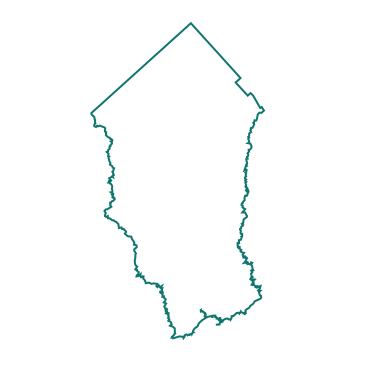 Burnie, Tasmania, Australia (Robinson projection), rotated 138°
{"feature_id": "25037944B77423054355343", "entity_name": "Burnie", "entity_type": "district", "adm_level": 2, "iso_a3": "AUS", "parent_name": "Australia", "parent_adm1": "Tasmania", "projection": "robinson", "projection_center": [145.868, -41.196], "detail": "fine", "context": "isolated", "style": "outline", "palette": "teal", "viewbox_px": 384, "rotation_deg": 138, "n_neighbors": 0, "source": "geoboundaries", "source_scale": "gbopen_adm2", "svg_char_len": 5980}
<svg xmlns="http://www.w3.org/2000/svg" viewBox="0 0 384 384"><g transform="rotate(138 192 192)"><path d="M208.2,81.4L207.4,82.7L209.2,82.3L209.7,83.2L207.8,83.7L206.3,85.0L203.9,85.0L204.3,85.6L205.2,85.7L205.7,87.0L206.6,86.3L207.0,88.2L205.3,88.8L203.9,88.3L204.0,89.6L202.6,91.9L201.1,91.9L200.6,94.1L200.2,94.0L200.2,93.0L198.8,92.8L198.7,94.0L197.0,96.6L196.4,98.7L194.7,99.1L195.2,100.1L196.5,99.2L197.4,99.5L198.0,100.7L197.6,102.7L198.5,103.0L199.1,102.2L199.5,103.9L200.6,104.5L198.2,104.8L195.4,106.1L195.3,107.0L196.2,107.3L195.8,108.4L197.3,108.4L197.6,108.8L196.9,109.1L197.1,109.9L196.3,110.4L196.4,111.4L194.1,112.0L195.1,113.4L195.7,115.4L195.3,115.9L194.1,116.0L194.8,118.8L193.6,118.9L193.3,119.4L193.8,120.0L194.9,119.9L194.9,120.3L192.3,123.6L191.9,123.5L191.6,122.5L191.2,122.4L189.4,124.8L187.7,123.8L185.6,124.9L185.2,125.9L184.2,125.6L182.7,127.4L183.6,128.2L183.3,129.2L181.6,130.5L181.5,131.8L181.1,132.4L180.1,132.1L178.4,133.3L176.6,133.0L176.3,134.8L175.3,134.2L174.8,135.2L173.8,135.3L173.0,136.4L171.8,137.1L168.1,136.7L167.2,137.3L166.3,141.3L168.3,143.1L163.9,143.8L164.8,146.8L163.4,147.8L163.9,149.2L162.6,150.2L161.7,149.8L160.5,150.6L158.4,150.6L157.0,152.4L155.3,153.6L154.7,153.6L153.9,152.5L152.0,153.2L151.4,154.1L149.9,154.3L148.9,156.1L150.0,156.6L150.8,156.1L150.9,157.1L148.2,158.2L148.8,159.7L148.5,160.4L147.8,160.2L147.0,161.1L146.2,163.2L144.8,163.2L144.9,164.9L143.3,165.1L143.7,166.3L142.8,167.4L141.3,167.4L140.9,168.6L139.6,169.3L139.4,170.6L138.8,170.2L136.6,171.9L136.8,172.5L138.6,173.0L134.9,175.1L133.8,174.7L133.7,175.9L132.1,176.1L129.7,180.2L128.3,179.5L127.8,181.3L126.0,181.3L125.1,182.3L124.8,183.6L122.7,183.8L121.7,185.4L120.8,184.7L118.8,184.9L117.5,185.6L116.2,188.8L117.8,190.9L116.6,190.7L115.7,191.3L114.6,193.9L113.0,194.3L113.3,195.4L111.8,195.6L110.4,197.2L108.0,197.0L107.5,198.7L106.6,198.8L105.9,199.9L105.2,200.1L104.2,199.2L100.7,200.5L100.0,201.5L100.2,202.4L98.9,202.5L97.5,203.4L96.8,202.2L95.6,202.4L91.2,205.6L88.9,205.9L87.3,204.3L84.0,204.4L83.3,208.5L85.1,208.8L82.1,222.5L82.2,225.8L82.3,226.3L86.1,226.3L86.3,243.0L86.2,244.2L79.7,244.2L79.9,318.2L214.0,318.0L214.7,316.7L214.4,313.0L215.8,311.1L215.8,310.2L217.4,308.9L217.7,307.8L219.9,307.3L220.6,306.1L219.8,304.5L218.2,304.8L217.9,303.7L216.1,303.0L214.0,298.9L213.8,297.5L216.1,295.4L215.8,294.0L216.5,293.8L216.5,293.0L217.9,292.0L217.7,288.7L216.8,287.3L217.2,285.9L216.5,285.2L216.4,283.9L217.3,283.3L218.5,283.9L218.4,282.4L219.2,281.5L221.8,281.3L222.0,280.6L223.2,280.7L224.2,279.3L226.2,279.3L227.1,278.4L228.6,278.8L228.4,276.4L230.4,274.7L229.9,273.8L230.7,273.7L231.7,272.4L231.7,271.7L232.6,270.8L233.3,268.0L234.6,267.4L234.0,264.5L234.6,263.1L234.0,261.8L237.0,260.1L237.6,260.3L238.7,257.0L240.1,257.3L240.8,255.9L241.0,256.7L241.6,257.0L244.3,257.6L244.3,256.8L244.8,256.5L244.3,254.7L245.3,254.4L245.6,255.4L246.4,255.7L247.6,255.1L246.8,254.7L247.4,253.6L246.9,252.4L247.0,250.8L247.7,249.3L249.6,247.9L249.7,247.0L251.2,245.3L252.4,246.0L251.7,243.4L252.4,242.8L253.3,243.5L253.8,241.5L254.7,241.2L254.4,240.2L253.6,239.7L254.3,238.3L256.8,238.2L257.4,238.7L259.2,238.5L259.7,238.9L260.6,238.3L260.5,237.6L261.7,236.9L261.8,235.0L266.5,235.8L267.7,236.7L269.7,236.5L270.2,234.0L272.3,233.0L272.8,232.3L272.8,231.5L272.1,230.8L270.7,230.5L272.1,228.8L270.6,227.2L270.2,224.3L269.0,223.2L269.2,222.2L268.3,220.6L268.2,217.4L270.4,214.1L268.1,212.8L268.7,211.2L267.4,210.2L267.7,209.0L267.3,207.6L267.7,206.4L269.8,206.0L269.4,202.2L267.0,199.4L268.0,197.4L268.7,192.9L270.4,191.7L269.3,190.3L269.0,189.3L270.1,187.9L273.1,188.1L274.2,187.1L274.8,183.9L275.9,183.4L278.6,180.6L280.2,179.6L282.5,176.7L282.9,175.4L282.7,173.1L285.8,172.5L285.9,171.9L285.0,170.9L285.6,169.9L285.2,168.0L287.1,166.9L288.9,167.0L289.7,166.4L287.9,165.3L285.3,165.3L286.4,164.4L287.0,162.9L286.3,162.3L285.1,162.4L284.5,161.7L286.1,160.4L286.1,157.9L287.3,155.2L284.5,153.3L283.5,150.7L281.7,149.8L279.4,147.1L281.5,145.8L281.3,144.4L279.1,144.9L279.5,142.8L277.5,142.4L279.4,141.7L279.5,141.2L278.4,140.4L279.5,139.7L280.8,137.9L282.0,139.3L282.8,138.9L282.5,137.0L281.3,136.5L284.1,134.0L282.7,133.3L283.6,132.1L283.3,130.0L284.4,129.1L286.9,128.8L285.9,126.4L289.3,125.4L289.8,123.2L289.0,122.4L289.0,121.4L290.1,121.1L290.7,121.8L291.2,121.1L290.4,120.5L290.5,119.8L292.5,119.3L292.0,118.5L290.9,118.4L290.5,117.5L292.0,116.8L292.3,115.5L292.8,115.3L293.0,114.5L294.1,114.4L294.0,112.6L295.8,112.1L294.7,109.9L295.6,107.3L297.8,107.3L296.4,104.8L296.1,102.2L298.7,99.1L298.9,98.3L298.4,97.8L299.9,98.4L301.3,97.7L303.6,97.8L303.7,97.1L304.3,97.1L303.7,96.5L303.9,95.9L298.0,93.1L295.5,90.4L296.1,89.1L294.2,89.5L293.5,90.3L292.4,90.3L290.6,89.4L291.1,89.4L291.2,88.4L289.9,88.1L289.4,87.3L288.5,87.6L287.7,86.9L286.6,86.9L286.8,86.6L285.4,87.1L284.7,86.7L284.7,87.6L283.9,88.2L281.2,88.9L277.7,88.4L274.7,89.9L269.9,89.9L265.3,89.1L265.8,91.2L263.6,92.6L264.3,96.7L265.4,97.2L264.6,98.4L264.3,98.4L265.2,97.2L264.1,96.8L263.2,93.0L263.8,91.7L265.4,91.0L265.4,90.2L264.9,89.3L260.2,86.6L260.7,85.6L260.5,85.4L260.0,86.3L259.5,86.3L257.4,84.6L258.4,83.7L257.7,82.9L257.6,81.8L258.1,81.5L258.5,81.9L259.0,82.1L257.6,80.5L257.5,79.4L255.8,79.9L255.3,79.3L255.8,78.7L257.6,78.7L257.4,78.2L256.0,77.7L257.5,78.0L256.0,77.4L255.9,77.0L256.4,77.0L255.8,76.4L257.5,77.1L258.0,76.2L258.6,76.4L260.1,75.2L263.1,77.4L260.2,75.1L258.8,76.2L256.2,75.2L254.2,75.9L251.9,75.3L250.3,74.3L250.1,72.8L248.5,71.8L248.7,71.3L247.1,71.8L245.6,73.2L244.3,72.1L239.6,72.2L238.3,71.1L238.2,70.2L237.8,70.6L237.3,70.0L235.8,70.5L236.0,70.0L234.8,67.9L235.0,67.5L234.3,67.0L234.5,66.0L233.9,65.8L233.0,66.0L232.8,67.1L231.9,67.4L231.7,68.1L230.1,68.4L227.1,67.7L224.8,68.3L221.1,68.0L218.6,68.8L212.3,66.9L211.1,67.3L210.2,68.7L210.7,69.7L209.6,72.1L209.3,72.7L207.5,72.8L208.8,73.9L208.8,74.7L206.3,74.7L204.0,76.3L205.8,77.0L206.4,78.5L207.1,78.3L206.7,77.1L207.9,77.6L208.5,79.0L207.8,79.6L208.2,81.4Z" fill="none" stroke="#0f766e" stroke-width="2"/></g></svg>